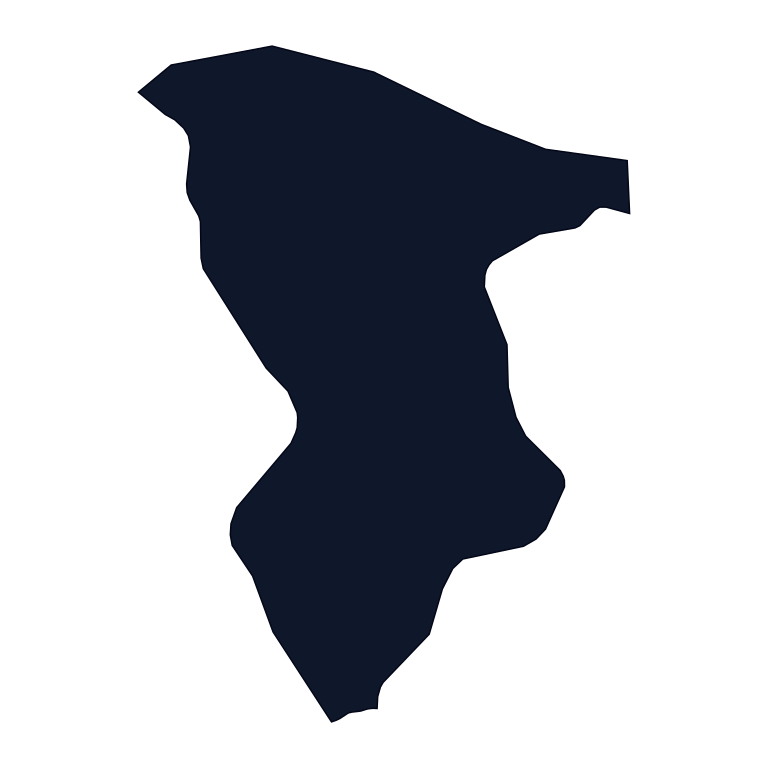 outline of Southwark
{"feature_id": "GBR-2771", "entity_name": "Southwark", "entity_type": "London Borough", "adm_level": 1, "iso_a3": "GBR", "parent_name": "United Kingdom", "parent_adm1": "", "projection": "robinson", "projection_center": [-0.067, 51.465], "detail": "fine", "context": "isolated", "style": "filled", "palette": "ink", "viewbox_px": 768, "rotation_deg": 0, "n_neighbors": 0, "source": "natural_earth", "source_scale": "10m", "svg_char_len": 1061}
<svg xmlns="http://www.w3.org/2000/svg" viewBox="0 0 768 768"><path d="M272.1,46.1L374.2,72.2L376.2,73.3L481.2,124.3L545.6,149.3L627.2,160.6L629.6,213.5L606.0,207.1L599.7,207.1L594.4,210.1L579.9,225.6L575.1,227.9L539.2,234.1L492.4,260.8L489.0,264.9L486.4,269.5L484.9,275.1L484.3,286.9L507.0,344.7L508.2,387.4L516.0,417.3L525.7,436.2L560.3,470.6L563.2,476.2L564.4,480.4L564.5,486.8L545.5,529.1L536.1,539.0L523.6,546.2L462.8,559.0L452.8,568.5L442.4,588.9L429.2,634.2L383.1,682.4L380.4,687.1L377.7,696.6L377.1,708.5L372.9,708.3L369.0,708.7L366.9,709.1L360.9,711.0L358.8,711.3L351.9,712.1L350.3,712.5L348.8,712.8L347.3,713.6L339.9,718.5L335.9,720.4L331.5,721.9L273.1,632.0L252.6,576.0L232.2,545.4L230.3,534.8L231.0,523.7L236.7,507.6L291.0,443.3L295.7,432.8L297.2,427.7L297.7,417.6L297.2,412.7L288.0,391.2L266.2,368.1L203.3,268.7L201.1,258.1L200.4,221.5L198.7,215.8L189.9,200.3L187.2,192.6L186.6,184.0L190.5,147.0L188.4,135.7L183.7,128.1L174.8,119.8L165.3,114.5L138.4,92.2L171.2,65.0L199.8,59.7L272.1,46.1Z" fill="#0f172a" stroke="#020617" stroke-width="1.5"/></svg>